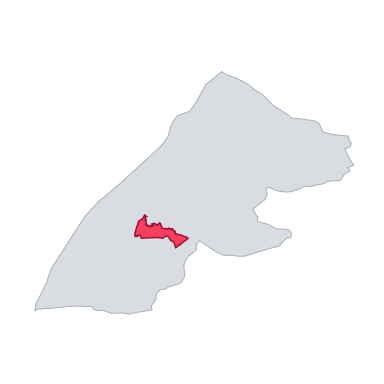 Gboe-Ploe, Grand Gedeh, Liberia shown in context, rotated 87°
{"feature_id": "62588387B47381315935072", "entity_name": "Gboe-Ploe", "entity_type": "district", "adm_level": 2, "iso_a3": "LBR", "parent_name": "Liberia", "parent_adm1": "Grand Gedeh", "projection": "equal_earth", "projection_center": [-8.826, 6.021], "detail": "fine", "context": "in_parent", "style": "filled", "palette": "rose", "viewbox_px": 384, "rotation_deg": 87, "n_neighbors": 0, "source": "geoboundaries", "source_scale": "gbopen_adm2", "svg_char_len": 5245}
<svg xmlns="http://www.w3.org/2000/svg" viewBox="0 0 384 384"><g transform="rotate(87 192 192)"><path d="M73.3,155.9L76.3,152.4L80.9,141.2L87.2,130.5L93.1,124.1L97.7,117.6L102.7,112.6L109.7,106.7L120.5,91.3L123.1,89.5L124.8,78.9L127.5,65.3L130.6,61.1L138.0,58.6L139.7,56.2L142.3,46.7L144.0,35.5L144.2,33.1L147.1,32.8L152.0,30.4L154.9,31.5L156.1,34.7L156.8,37.4L171.8,30.5L173.1,29.0L173.9,29.3L175.8,35.5L176.8,35.2L177.7,33.3L178.7,33.2L179.9,34.0L181.1,36.9L183.0,39.5L186.2,41.4L188.3,43.9L188.1,50.6L188.8,57.1L190.2,58.6L191.0,62.5L191.4,66.8L192.1,69.0L192.7,73.3L192.4,77.9L193.0,81.2L195.4,86.8L196.9,93.8L196.9,98.8L196.0,104.1L194.4,108.9L191.6,114.2L191.4,116.2L193.0,117.6L195.6,117.9L197.7,116.8L203.0,119.2L205.7,122.7L208.2,126.9L210.4,129.1L211.4,131.8L215.1,131.0L219.5,128.4L220.4,127.2L221.7,127.9L224.5,128.1L226.5,123.5L228.1,118.1L231.5,112.3L233.2,110.0L233.6,106.3L233.8,101.5L235.0,97.3L237.8,95.0L240.8,95.1L242.5,95.9L243.3,100.0L245.8,103.0L247.8,105.1L248.9,106.0L250.7,108.4L252.3,116.5L258.8,142.8L258.5,150.1L257.2,154.8L257.2,159.4L256.7,164.0L252.8,171.5L241.1,186.9L242.0,188.2L244.8,190.0L247.6,190.9L250.0,190.4L252.9,194.3L256.0,199.1L259.4,201.6L264.2,203.8L268.4,204.0L272.0,203.2L277.0,204.2L282.4,208.1L284.3,214.7L285.6,220.5L287.5,223.4L287.8,228.4L291.6,232.8L297.0,233.6L304.1,238.7L305.9,238.5L306.7,237.8L307.6,238.8L309.4,253.6L310.7,261.5L310.0,264.6L309.1,267.1L309.0,279.1L305.8,285.9L305.3,293.5L304.4,295.9L301.0,298.1L301.0,303.9L300.1,310.9L299.7,318.3L300.7,337.7L300.9,352.2L302.4,355.0L295.7,353.8L276.2,342.7L261.1,336.4L210.5,300.1L196.5,285.6L180.3,263.9L144.3,220.4L136.2,213.4L125.8,210.0L119.4,206.3L114.9,202.3L111.3,190.2L102.3,183.0L85.7,172.8L73.3,155.9Z" fill="#d9dde1" stroke="#a8b0b8" stroke-width="1"/><path d="M238.0,198.3L237.7,198.9L237.3,199.7L237.2,199.8L236.9,199.9L236.7,199.8L236.6,200.1L236.5,200.3L236.3,201.4L236.0,202.0L235.4,203.0L235.2,203.5L234.9,203.9L234.6,204.3L234.3,205.9L234.3,206.0L234.1,206.2L234.0,206.4L233.9,206.5L234.0,207.0L234.1,207.4L234.0,207.7L233.9,207.7L233.8,207.9L233.5,208.6L233.3,208.7L233.0,209.2L233.1,209.4L233.2,209.8L233.1,210.3L232.6,210.5L232.5,211.1L231.4,211.0L231.2,211.3L230.9,211.4L230.7,211.7L230.6,211.8L230.3,211.7L230.2,211.2L229.8,211.6L229.6,211.8L229.2,213.2L228.8,213.4L228.6,213.5L228.4,213.5L228.2,213.2L228.0,212.8L228.0,212.6L227.6,213.6L227.7,213.9L228.1,214.1L228.3,214.4L228.2,214.8L227.9,214.8L227.6,215.0L227.6,215.5L227.5,216.0L227.4,217.1L227.1,216.6L226.8,216.7L226.9,217.0L227.1,217.5L227.4,217.9L227.7,218.8L227.3,218.9L227.2,218.9L227.2,219.0L227.3,219.1L227.2,220.9L227.1,221.3L227.0,221.8L226.8,222.5L226.7,223.2L226.6,223.5L225.7,223.9L225.5,224.1L225.1,224.2L224.9,224.3L224.6,224.3L224.3,224.4L224.1,224.5L223.8,224.6L223.6,224.7L223.1,224.9L222.6,224.8L222.4,224.8L222.3,225.0L222.4,225.3L222.2,225.6L221.9,225.2L221.7,225.2L221.5,225.4L221.4,225.5L221.2,225.9L221.7,225.9L221.7,226.3L221.7,226.5L222.0,226.8L222.3,227.3L222.7,227.8L222.9,227.8L223.1,228.0L223.2,228.4L223.2,228.5L223.1,228.4L222.9,228.3L222.7,228.4L222.6,228.6L222.5,228.9L222.4,229.5L222.2,229.9L222.1,230.1L222.1,230.3L222.0,230.5L221.7,230.8L221.2,231.4L221.3,231.9L221.6,232.0L221.8,232.2L221.8,232.6L221.7,233.0L221.6,233.4L221.7,233.7L221.9,233.8L222.2,233.6L222.3,233.1L222.4,232.6L222.7,232.3L223.4,232.4L223.5,232.7L223.3,232.8L222.9,232.8L222.9,233.1L223.1,233.2L223.7,233.2L224.0,233.0L224.2,233.4L224.0,234.0L223.7,234.2L223.5,234.5L223.6,235.4L223.8,235.5L224.5,235.8L224.5,236.0L223.5,237.0L223.5,237.7L223.5,237.8L223.3,237.7L223.0,237.6L223.0,238.0L222.8,238.3L222.9,238.5L222.8,238.8L222.5,238.9L222.5,239.0L222.5,239.3L222.5,239.6L222.2,239.8L222.0,240.0L221.7,239.5L221.7,239.4L220.3,239.2L219.8,239.2L219.4,239.4L219.2,239.7L218.6,240.3L217.7,239.1L217.4,239.1L217.3,239.4L217.2,239.6L215.8,240.4L215.5,240.5L215.2,239.6L214.5,239.8L214.4,239.5L214.1,238.6L213.2,239.7L212.9,239.8L212.9,240.2L212.6,240.3L212.9,240.6L213.1,240.9L214.2,241.5L215.5,242.4L216.5,243.4L217.2,244.6L217.8,246.3L218.6,246.9L220.0,247.4L221.2,247.6L222.1,248.0L223.0,248.8L223.6,248.9L224.4,248.9L225.3,249.4L226.3,249.8L226.6,249.9L226.8,250.0L228.0,250.3L228.9,250.6L229.6,251.0L230.5,251.2L231.0,251.1L231.5,251.2L232.4,251.3L233.1,251.3L233.4,250.9L233.5,250.4L233.6,250.2L233.4,249.8L233.2,249.7L233.4,249.2L233.4,248.7L233.0,248.7L232.8,248.8L232.7,248.9L232.5,248.6L232.4,248.4L232.2,248.0L232.2,247.7L232.4,247.3L232.6,247.0L232.5,246.6L232.4,246.3L232.3,246.2L233.1,245.8L233.2,245.7L233.4,245.6L234.2,245.3L235.5,245.1L235.5,243.5L235.4,238.4L235.5,237.5L235.6,233.6L235.6,233.3L235.6,232.1L235.6,230.9L235.6,230.1L235.6,229.7L235.7,229.1L235.8,227.7L236.0,226.8L236.0,226.1L236.7,223.7L235.2,221.5L234.7,220.3L234.7,219.7L235.0,218.4L236.5,217.4L237.6,216.9L237.9,216.7L238.8,216.0L238.9,215.9L239.3,215.7L239.5,215.6L240.2,214.1L240.8,213.5L241.6,212.7L241.8,212.6L243.0,212.0L244.1,211.9L244.4,211.8L245.4,211.7L246.4,211.4L246.8,211.2L246.6,210.8L246.0,209.8L245.4,209.2L244.9,208.5L244.4,208.2L244.0,207.5L244.3,207.0L244.4,206.9L243.7,206.1L243.5,205.9L242.3,204.4L242.2,204.2L241.6,203.4L241.3,203.1L241.1,202.6L240.1,201.0L239.1,199.6L238.0,198.3Z" fill="#f43f5e" stroke="#9f1239" stroke-width="1.5"/></g></svg>